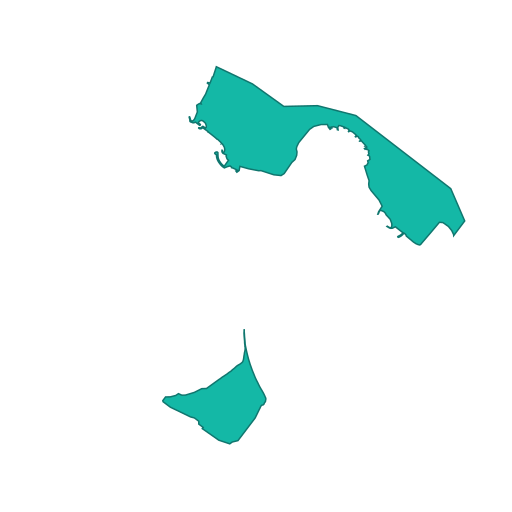 61, Qatar, rotated 127°
{"feature_id": "91078587B91929274058544", "entity_name": "61", "entity_type": "district", "adm_level": 2, "iso_a3": "QAT", "parent_name": "Qatar", "parent_adm1": "", "projection": "equal_earth", "projection_center": [51.545, 25.336], "detail": "fine", "context": "isolated", "style": "filled", "palette": "teal", "viewbox_px": 512, "rotation_deg": 127, "n_neighbors": 0, "source": "geoboundaries", "source_scale": "gbopen_adm2", "svg_char_len": 5256}
<svg xmlns="http://www.w3.org/2000/svg" viewBox="0 0 512 512"><g transform="rotate(127 256 256)"><path d="M83.8,260.9L83.9,261.2L98.9,297.3L119.8,323.8L120.7,362.4L128.7,401.6L129.7,401.2L138.7,398.1L139.3,398.6L145.5,396.8L146.5,399.0L147.2,398.9L147.3,396.3L154.8,394.3L156.8,393.7L158.6,393.5L161.4,393.2L166.8,392.4L167.5,391.3L168.2,392.9L171.0,394.0L171.4,394.0L176.3,389.5L183.1,387.6L184.4,387.5L185.5,387.6L186.3,387.9L187.1,388.9L186.9,389.8L184.9,392.5L184.8,392.8L185.0,393.0L185.3,393.0L187.4,390.3L187.9,390.2L188.1,389.9L188.3,389.5L188.3,388.9L188.1,388.3L187.9,387.8L187.7,386.8L187.3,386.1L186.8,385.6L186.2,385.3L185.5,384.8L185.6,379.7L185.4,379.4L184.6,379.4L184.4,379.6L184.3,382.2L183.4,382.4L182.6,382.3L181.7,382.0L180.9,381.5L180.3,380.7L180.1,379.9L180.1,378.9L180.2,377.7L180.3,376.8L180.5,376.1L181.7,374.3L183.1,373.2L184.2,373.3L184.3,376.2L184.5,376.6L185.1,376.8L186.3,377.0L186.9,377.2L187.2,377.6L187.5,377.9L187.7,378.5L188.0,378.9L188.3,378.8L188.4,378.6L188.4,378.0L188.2,377.4L187.6,376.6L187.1,376.2L186.1,375.9L185.6,375.4L185.5,370.2L185.5,369.2L185.9,368.9L185.8,368.7L185.7,368.7L185.8,363.9L185.9,360.7L186.1,357.9L186.2,357.6L185.9,356.8L186.4,352.6L186.7,351.3L187.1,351.2L186.8,351.0L186.8,350.0L188.1,346.9L189.6,345.1L191.3,344.2L192.6,344.1L193.2,344.1L193.0,345.1L192.7,345.8L191.8,346.4L192.0,346.8L192.7,346.4L193.1,346.0L193.6,345.3L193.9,344.1L193.1,340.4L194.4,339.8L195.9,337.5L196.1,335.6L203.5,335.4L203.4,336.9L203.3,338.2L202.9,340.1L202.1,342.4L201.4,343.8L200.4,345.2L199.3,346.3L196.3,348.7L196.3,349.7L197.0,350.5L198.3,351.0L198.8,350.8L199.1,350.0L198.9,348.7L199.1,348.5L201.0,346.7L202.3,344.9L202.7,344.1L203.2,343.1L203.6,342.0L203.9,341.1L204.4,339.3L204.6,338.2L204.8,336.5L204.7,334.3L201.8,332.6L199.7,330.9L199.6,330.0L199.7,329.2L200.2,328.7L199.6,327.2L199.2,325.2L198.9,324.0L198.7,322.3L200.2,323.2L200.6,321.7L197.9,320.9L194.1,322.8L190.8,314.4L186.3,305.2L184.8,303.4L180.4,290.6L178.1,286.8L176.7,284.4L173.2,283.1L159.7,283.7L155.5,282.9L151.1,284.1L148.2,285.9L146.3,288.2L144.2,289.2L139.7,290.1L122.6,289.4L117.7,287.8L111.9,283.2L108.0,278.1L109.6,275.7L110.3,273.1L109.8,272.9L109.1,275.0L108.4,274.0L108.6,272.8L108.2,272.5L107.9,273.3L107.1,273.1L106.7,272.3L106.0,271.9L104.8,268.5L106.2,267.0L105.9,266.3L104.1,268.1L102.0,268.4L101.1,266.9L100.0,263.3L100.8,262.9L100.6,262.0L99.8,262.4L99.1,258.7L99.5,257.2L100.8,257.2L100.9,256.7L99.6,256.4L98.8,253.7L99.0,250.2L99.2,248.5L100.9,248.5L100.9,248.3L100.9,248.0L99.5,247.4L99.2,246.2L99.8,245.1L100.1,242.5L100.7,242.1L101.9,242.4L101.9,242.2L100.6,241.3L101.7,235.4L102.4,235.0L102.5,235.0L102.0,234.4L102.3,233.1L104.9,234.0L104.9,233.8L104.9,233.6L105.1,233.2L104.3,232.8L104.5,232.1L103.8,231.9L104.0,229.0L105.2,228.9L106.0,227.9L106.2,227.4L108.1,227.3L107.8,226.5L108.1,225.2L110.3,223.1L112.8,224.1L114.0,222.6L116.6,222.2L119.0,223.4L124.4,216.0L127.8,211.0L130.7,209.3L133.0,207.1L134.5,203.4L137.3,191.3L138.3,189.3L140.3,185.2L146.9,184.7L149.2,183.9L148.9,183.6L146.7,184.2L144.7,184.4L144.1,182.6L143.6,180.6L144.0,178.3L144.8,176.9L145.1,175.3L145.9,170.9L148.3,167.2L149.8,165.9L151.1,165.3L152.6,165.3L153.0,166.9L153.2,169.1L153.6,169.2L153.3,166.2L152.8,165.0L151.6,163.7L148.8,162.3L149.0,152.7L150.5,152.7L152.4,153.2L154.9,154.4L155.3,154.4L155.5,154.0L155.4,153.5L154.5,152.9L152.5,152.1L150.6,151.7L148.7,151.6L148.7,149.6L149.0,148.8L149.6,148.0L150.1,138.7L149.9,135.6L149.3,133.3L148.6,131.8L147.3,131.4L146.3,131.4L131.7,130.5L118.7,129.8L116.8,126.8L116.6,120.1L117.9,115.0L120.0,111.0L120.7,110.4L102.4,110.4L85.0,141.0L83.7,260.5L83.8,260.9ZM414.3,159.3L385.8,159.2L376.7,161.0L375.4,161.2L374.1,161.5L373.2,161.7L372.5,161.7L372.0,161.7L371.5,161.5L371.1,161.1L370.6,160.7L370.1,160.6L369.6,160.5L369.2,160.6L368.5,160.8L367.9,160.9L367.5,160.9L367.1,160.8L366.6,160.9L366.0,161.1L365.5,161.5L365.2,161.6L364.4,162.0L364.0,162.3L363.5,162.9L363.0,163.9L362.4,164.9L361.1,167.4L359.9,170.2L359.0,172.4L358.1,174.5L357.5,175.7L356.9,176.9L356.1,178.4L355.4,179.9L354.6,181.5L353.6,183.4L352.2,185.7L351.3,187.2L350.3,188.9L349.4,190.4L347.6,193.1L346.1,195.4L344.5,197.6L343.0,199.7L341.1,202.1L339.4,204.2L336.8,207.3L335.3,209.0L333.8,210.7L332.6,211.9L331.5,212.8L329.7,214.4L328.4,215.6L327.2,216.7L325.3,218.3L323.5,219.9L322.6,220.5L321.5,221.4L322.5,220.8L323.3,220.2L324.8,219.2L327.3,217.1L329.2,215.4L331.1,213.7L332.4,212.7L333.4,211.7L333.9,211.2L334.8,210.5L335.2,210.1L335.5,209.7L336.0,209.3L336.7,208.8L337.3,208.4L338.4,207.8L340.4,206.9L341.6,206.2L343.2,205.4L344.4,204.7L345.9,203.9L346.8,203.5L347.7,203.2L348.3,203.0L348.9,203.0L349.6,203.1L350.8,203.4L351.8,203.7L352.8,204.1L353.6,204.5L354.7,204.9L355.6,205.2L356.7,205.4L358.0,205.6L359.4,205.9L360.4,206.2L361.1,206.4L362.7,206.6L364.2,207.1L365.3,207.5L366.4,207.8L367.3,208.0L368.2,208.3L369.3,208.7L371.3,209.4L373.1,210.1L373.9,210.3L374.6,210.5L375.7,210.8L376.7,211.2L391.6,215.8L394.6,219.5L402.1,223.2L409.6,228.7L411.8,231.5L412.6,235.1L415.6,236.1L420.1,239.7L423.0,243.4L427.6,243.4L428.3,242.5L428.3,233.4L423.9,211.4L422.4,207.8L422.4,202.3L424.7,200.5L424.7,195.0L426.2,195.0L425.5,174.9L421.8,163.9L418.8,163.0L414.3,159.3Z" fill="#14b8a6" stroke="#0f766e" stroke-width="1.5"/></g></svg>